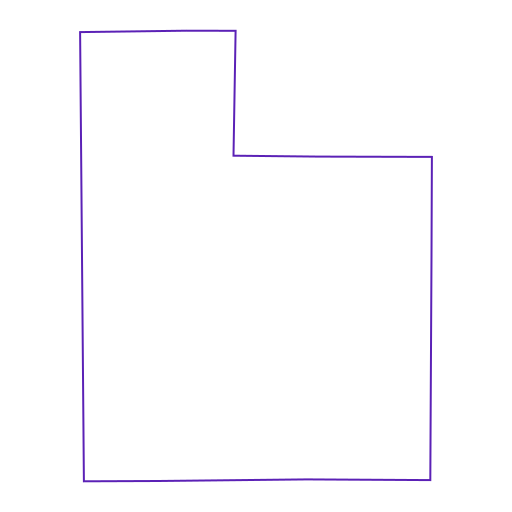 Fayette, Indiana, United States of America
{"feature_id": "52423323B31506372049055", "entity_name": "Fayette", "entity_type": "district", "adm_level": 2, "iso_a3": "USA", "parent_name": "United States of America", "parent_adm1": "Indiana", "projection": "orthographic", "projection_center": [-85.152, 39.657], "detail": "fine", "context": "isolated", "style": "outline", "palette": "violet", "viewbox_px": 512, "rotation_deg": 0, "n_neighbors": 0, "source": "geoboundaries", "source_scale": "gbopen_adm2", "svg_char_len": 266}
<svg xmlns="http://www.w3.org/2000/svg" viewBox="0 0 512 512"><path d="M430.3,480.1L431.5,255.8L431.9,156.9L318.3,156.6L233.5,155.7L235.6,30.8L186.1,30.7L80.1,32.1L83.9,481.3L158.4,481.0L306.7,479.4L430.3,480.1Z" fill="none" stroke="#5b21b6" stroke-width="2"/></svg>